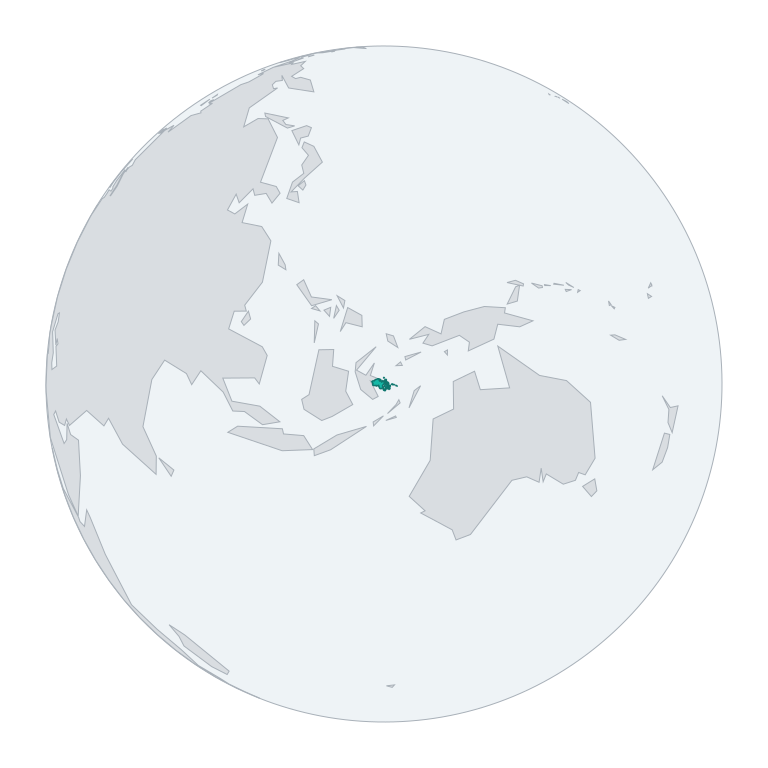 Sulawesi Tenggara highlighted on a globe, orthographic projection, rotated 323°
{"feature_id": "IDN-556", "entity_name": "Sulawesi Tenggara", "entity_type": "Province", "adm_level": 1, "iso_a3": "IDN", "parent_name": "Indonesia", "parent_adm1": "", "projection": "orthographic", "projection_center": [122.493, -4.447], "detail": "fine", "context": "on_globe", "style": "filled", "palette": "teal", "viewbox_px": 768, "rotation_deg": 323, "n_neighbors": 0, "source": "natural_earth", "source_scale": "10m", "svg_char_len": 11546}
<svg xmlns="http://www.w3.org/2000/svg" viewBox="0 0 768 768"><g transform="rotate(323 384 384)"><circle cx="384" cy="384" r="338" fill="#eef3f6" stroke="#a8b0b8"/><path d="M657.9,463.7L657.5,466.2L657.2,466.5L657.9,463.7ZM558.2,94.4L569.6,101.9L571.8,105.5L562.3,97.1L556.0,93.2L554.1,92.8L547.2,88.9L542.4,86.8L534.3,82.5L529.4,79.1L524.1,76.6L523.0,76.7L514.3,73.2L516.7,73.3L501.6,67.7L494.3,64.6L527.0,77.8L558.2,94.4ZM700.4,271.3L697.6,263.7L699.9,268.4L700.4,271.3ZM695.5,259.3L696.6,261.8L695.6,259.8L695.5,259.3ZM694.5,257.9L695.2,258.9L694.7,258.6L694.5,257.9ZM693.4,257.1L693.9,257.2L693.9,257.5L693.4,257.1ZM690.8,253.4L690.0,252.3L690.2,251.6L690.8,253.4ZM566.6,99.7L564.3,98.2L566.6,99.7ZM543.1,87.3L545.2,88.7L541.8,87.2L543.1,87.3ZM526.3,79.4L520.1,77.0L525.6,78.8L526.3,79.4ZM516.0,75.2L501.1,70.5L504.5,72.8L486.3,64.5L505.0,70.7L511.2,72.2L511.3,73.0L516.0,75.2ZM478.6,61.2L474.3,60.0L477.9,60.7L478.6,61.2ZM109.6,186.8L113.4,181.5L133.1,157.6L134.2,157.5L138.5,152.8L146.2,143.9L148.1,142.0L156.2,134.5L153.7,136.8L175.7,117.9L199.4,101.0L224.4,86.2L250.6,73.5L249.7,73.9L259.7,69.8L262.7,68.6L262.4,68.8L254.1,72.2L270.4,66.4L273.0,66.6L277.4,65.1L281.3,63.5L282.0,65.7L285.2,64.6L286.2,63.3L293.1,60.6L305.7,57.1L305.3,58.0L300.7,59.4L290.4,64.4L278.2,68.9L279.3,69.0L289.8,65.5L302.4,59.2L310.1,56.9L305.3,59.3L307.6,58.2L311.3,57.5L314.6,57.9L320.4,55.2L361.6,49.5L372.0,51.0L363.1,52.9L391.5,53.5L401.0,57.3L401.9,55.8L416.0,56.6L413.3,55.3L414.8,54.7L449.9,58.8L457.8,61.4L473.9,63.6L474.4,63.2L469.4,61.2L486.3,64.5L504.5,72.8L502.6,73.2L515.3,79.0L509.0,79.7L509.7,83.8L495.4,82.7L497.2,86.9L502.0,88.9L508.1,96.9L503.8,108.5L486.0,90.2L488.2,76.0L485.5,80.4L479.8,77.2L474.9,77.8L473.5,81.7L477.2,83.5L442.6,82.4L426.7,94.2L443.2,96.2L451.0,102.5L447.3,123.0L406.8,148.5L416.8,161.4L415.8,169.1L403.4,172.1L404.6,160.9L394.3,155.5L396.9,149.3L377.4,152.1L380.2,143.4L363.7,150.8L367.2,158.4L383.4,158.3L367.8,169.7L381.1,184.7L379.8,201.6L348.2,229.5L320.2,237.2L317.9,242.9L308.2,235.7L293.1,246.5L309.2,281.0L307.9,290.9L284.4,308.9L284.4,301.3L258.8,282.3L252.2,306.2L271.5,327.0L278.1,351.5L262.5,343.4L256.0,322.0L247.0,314.6L250.7,293.7L245.7,263.2L230.0,268.8L232.5,256.8L223.2,232.9L201.3,240.7L165.8,273.0L158.8,304.5L147.6,319.0L139.0,274.7L143.4,245.6L135.1,248.9L130.6,226.2L107.9,227.8L109.3,220.8L104.0,224.9L101.6,219.0L105.5,207.9L101.9,209.6L92.7,239.0L97.1,237.5L107.2,224.7L103.3,235.8L106.2,245.0L86.4,274.5L60.3,305.4L65.5,282.3L85.3,226.0L109.6,186.8ZM80.6,235.3L71.6,255.9L65.0,274.3L59.8,306.9L58.4,310.9L59.1,317.5L70.8,305.6L69.1,313.6L58.9,352.3L49.5,408.4L55.2,443.4L62.2,474.1L66.3,497.0L76.0,520.5L79.6,530.2L86.5,543.7L95.0,559.2L95.7,560.2L83.8,539.1L73.4,517.2L64.7,494.6L57.6,471.4L52.2,447.8L48.4,423.8L46.4,399.7L46.2,375.5L47.7,351.3L50.9,327.2L55.8,303.5L62.4,280.2L70.7,257.4L80.6,235.3ZM127.5,172.6L133.4,172.7L144.6,156.6L147.8,155.7L150.4,151.0L145.3,155.5L153.7,143.0L161.3,138.2L167.6,131.9L165.9,131.7L150.8,142.8L138.6,160.1L131.4,167.1L127.5,172.6ZM204.3,626.5L211.3,630.6L208.0,631.2L204.3,626.5ZM73.9,464.7L87.5,520.1L83.9,521.6L76.3,506.0L66.6,472.9L68.4,462.2L67.5,446.9L73.9,464.7ZM363.5,414.2L374.0,416.5L373.7,418.1L363.5,414.2ZM352.5,407.8L364.4,409.1L350.5,411.2L352.5,407.8ZM369.0,409.7L381.2,407.7L386.4,405.5L385.5,408.8L369.0,409.7ZM344.5,407.3L301.8,404.4L285.2,399.3L288.9,393.6L315.7,396.4L344.5,407.3ZM287.5,393.4L262.5,376.0L230.2,328.6L241.7,329.6L275.9,358.6L273.7,363.4L288.8,376.9L287.5,393.4ZM349.1,366.7L346.7,381.6L323.0,378.7L312.3,375.7L304.9,356.1L309.0,346.7L317.7,347.4L352.6,317.5L364.6,326.2L353.5,338.9L363.4,352.5L349.1,366.7ZM159.7,307.4L164.4,326.3L158.5,329.6L159.7,307.4ZM367.8,296.6L353.0,309.2L366.8,291.9L367.8,296.6ZM376.5,280.3L376.9,287.2L371.6,280.1L376.5,280.3ZM316.6,251.8L307.4,252.9L307.6,248.3L319.6,244.2L316.6,251.8ZM378.7,216.4L376.8,229.3L374.4,233.7L371.1,225.4L378.7,216.4ZM318.7,53.1L301.8,56.5L289.7,59.8L282.9,62.3L285.3,60.9L304.0,55.8L318.7,53.1ZM356.3,49.5L362.2,48.4L364.5,48.7L363.5,49.0L356.3,49.5ZM356.4,48.9L354.5,48.1L361.0,47.5L361.2,48.1L356.4,48.9ZM578.4,592.0L581.9,596.3L572.3,605.4L559.1,613.8L547.0,614.2L578.4,592.0ZM481.9,598.7L481.0,585.3L495.2,586.6L489.7,597.4L481.9,598.7ZM587.6,585.7L596.2,575.8L599.1,560.8L598.5,575.1L605.7,578.4L584.9,596.2L587.6,585.7ZM428.2,537.9L362.5,556.2L347.7,551.9L350.7,541.5L335.7,509.1L340.5,510.0L336.5,488.9L374.9,472.8L402.2,441.5L424.5,445.9L440.8,423.7L464.0,428.3L457.5,446.5L482.0,462.7L497.7,422.2L513.4,470.8L531.8,491.1L537.9,522.9L507.9,570.3L490.0,577.6L486.2,571.8L478.9,576.1L466.9,571.9L459.5,553.5L452.3,557.8L458.9,545.8L448.7,555.8L442.1,544.0L428.2,537.9ZM594.4,481.4L598.0,483.7L603.8,493.8L598.1,490.6L594.4,481.4ZM648.7,470.4L650.4,475.1L646.7,474.7L648.7,470.4ZM657.2,466.5L652.7,466.5L657.9,463.7L657.2,466.5ZM612.7,458.3L614.5,461.8L613.1,462.5L612.7,458.3ZM611.2,456.9L613.3,452.8L613.1,457.5L611.2,456.9ZM593.8,427.3L595.9,425.5L596.9,427.5L593.8,427.3ZM389.6,418.1L404.1,407.5L412.2,407.4L389.6,418.1ZM590.6,421.5L585.2,419.8L585.7,417.5L590.6,421.5ZM590.9,415.9L590.3,412.3L593.7,421.2L590.9,415.9ZM580.4,405.9L587.1,413.4L579.6,406.4L580.4,405.9ZM576.4,405.8L571.6,402.1L572.0,401.2L576.4,405.8ZM523.0,399.8L541.0,423.2L526.8,420.0L510.8,404.7L498.8,414.3L471.2,408.3L477.4,402.0L473.5,390.5L445.4,382.5L439.7,374.8L449.6,371.3L431.2,363.6L451.3,362.9L459.7,378.3L471.1,368.7L491.2,374.5L510.8,382.5L526.8,396.1L523.0,399.8ZM451.7,394.5L455.2,395.0L452.1,399.0L451.7,394.5ZM562.5,392.1L569.4,400.7L568.6,402.3L565.2,400.4L562.5,392.1ZM530.5,394.3L547.6,385.6L551.7,386.7L540.4,398.0L530.5,394.3ZM543.3,377.0L551.4,380.3L555.7,388.0L554.1,389.5L543.3,377.0ZM410.5,376.3L409.8,380.2L404.6,376.6L410.5,376.3ZM417.2,374.7L432.9,380.8L415.8,377.9L417.2,374.7ZM370.4,356.4L374.8,366.1L389.0,361.4L378.2,369.0L388.0,385.4L384.8,391.0L375.0,373.3L371.9,390.4L365.7,389.5L362.1,374.4L368.3,356.9L374.5,350.1L400.2,349.5L370.4,356.4ZM417.0,363.2L412.9,352.0L416.0,345.2L420.5,351.3L417.0,363.2ZM401.0,325.2L390.5,312.1L380.6,315.8L401.0,301.1L407.6,315.9L401.0,325.2ZM392.6,298.1L383.3,301.3L393.2,292.7L392.6,298.1ZM381.2,297.2L380.5,288.9L387.6,290.7L381.2,297.2ZM397.4,298.9L399.7,285.3L403.0,293.8L397.4,298.9ZM378.4,270.8L393.1,285.3L373.3,277.9L374.1,252.2L382.6,252.4L378.4,270.8ZM435.9,180.3L434.7,174.0L442.8,173.7L441.4,178.1L435.9,180.3ZM468.3,169.7L444.6,171.7L425.4,174.7L430.7,178.1L425.3,188.1L418.0,177.3L432.4,167.7L446.7,167.5L450.1,159.6L461.3,155.9L460.7,145.9L466.0,142.7L471.0,152.0L468.3,169.7ZM459.9,141.8L462.9,126.2L477.7,131.1L480.3,135.6L472.7,140.4L465.4,137.4L459.9,141.8ZM468.0,124.1L460.9,121.5L450.4,99.1L451.9,95.9L467.7,113.9L461.8,112.6L461.8,117.7L468.0,124.1ZM475.0,60.5L474.4,60.0L477.6,61.2L475.0,60.5ZM412.9,54.0L415.5,53.5L419.2,54.4L412.9,54.0ZM424.6,52.9L418.7,52.2L425.2,52.5L424.6,52.9ZM405.3,51.0L416.4,51.7L405.5,51.7L405.3,51.0Z" fill="#d9dde1" stroke="#a8b0b8" stroke-width="1"/><path d="M383.1,376.9L383.0,377.0L382.8,377.3L382.9,377.5L383.3,377.7L383.4,377.9L383.3,378.1L383.2,378.0L383.3,378.0L383.2,377.9L383.0,377.7L382.7,377.6L382.6,377.9L382.8,378.1L382.6,378.6L382.3,378.8L382.3,379.0L382.5,379.3L382.9,379.5L383.1,379.7L383.2,379.8L383.6,379.7L383.7,379.8L383.9,380.1L384.2,380.6L384.3,380.7L384.8,380.7L385.0,380.7L385.0,380.8L384.9,381.0L384.6,381.1L384.3,381.2L384.8,381.3L385.0,381.4L385.0,381.5L385.0,382.0L385.3,382.2L385.7,382.2L385.9,382.2L386.1,382.1L385.7,381.8L385.7,381.7L385.8,381.6L386.1,381.7L386.2,381.9L386.3,382.2L386.4,382.5L386.4,382.8L386.4,383.3L386.4,383.6L386.2,383.7L386.1,384.0L386.0,383.8L385.6,383.5L385.3,383.3L385.2,383.2L385.1,383.3L385.3,383.6L385.5,383.8L385.6,384.1L385.4,384.2L385.2,384.0L385.0,383.9L384.9,383.8L384.6,383.7L384.4,383.8L384.2,383.9L383.8,383.9L383.6,383.8L383.4,384.0L383.2,384.0L382.5,384.1L382.3,384.3L382.1,384.3L381.7,384.4L381.6,384.6L381.4,385.1L381.3,385.3L381.4,385.5L381.6,385.9L381.7,386.0L381.9,386.1L381.6,386.3L381.1,386.4L380.4,386.4L380.1,386.2L379.7,386.2L379.5,386.3L379.4,386.3L379.3,386.2L379.1,386.0L378.5,385.8L378.2,385.3L378.1,385.2L378.0,384.8L378.1,384.3L378.3,384.0L378.3,383.7L378.4,382.8L378.4,382.7L378.5,382.7L378.5,382.9L378.8,382.4L378.9,381.9L378.7,381.6L377.7,381.4L377.3,381.2L377.2,381.0L377.1,380.9L377.0,380.7L376.7,380.8L376.7,380.7L376.8,380.4L376.7,380.3L376.6,380.2L376.2,380.2L375.8,379.8L374.6,378.7L374.5,378.4L374.4,378.2L374.6,377.8L374.9,377.4L375.1,377.1L375.3,377.0L375.4,376.8L375.6,376.7L375.6,376.2L375.6,375.9L375.7,375.3L375.7,375.1L375.7,374.9L376.0,374.8L376.4,374.7L376.6,374.7L376.8,374.8L377.3,375.0L377.8,375.4L378.0,375.6L378.7,375.3L379.2,375.4L379.8,375.4L380.0,375.4L381.4,376.0L381.9,376.0L382.1,376.0L382.3,376.1L382.8,376.5L383.1,376.9ZM387.7,388.5L388.2,388.8L388.3,388.9L388.2,389.0L387.8,389.5L387.6,389.6L387.2,389.8L387.2,389.7L386.9,389.6L386.2,390.0L386.2,390.3L386.4,390.2L386.5,390.4L386.4,390.6L386.1,391.0L386.0,391.3L385.9,391.3L385.7,391.3L385.7,391.1L385.5,391.3L385.4,391.2L385.1,391.3L384.9,391.3L384.9,391.2L384.4,390.3L384.9,389.9L384.9,389.7L385.0,389.4L385.1,389.2L385.3,388.8L385.8,388.6L385.9,388.4L385.6,388.5L385.6,388.4L385.5,388.2L385.7,387.8L385.8,387.5L385.8,387.4L385.7,387.4L385.5,387.5L385.6,387.4L385.9,387.1L386.0,386.8L386.0,386.6L385.9,386.4L386.1,386.3L386.1,386.2L386.1,385.2L386.2,384.7L386.4,384.4L386.4,384.2L387.1,383.7L387.4,383.6L387.5,383.7L387.3,383.9L387.4,384.0L387.8,384.4L388.1,384.7L388.2,384.8L388.2,385.0L388.1,385.3L388.3,385.6L388.3,386.2L388.2,386.3L388.1,386.2L388.1,385.9L387.9,385.8L387.9,385.6L387.7,385.6L387.6,385.9L387.5,385.7L387.4,385.8L387.3,385.7L387.3,385.8L387.3,386.1L387.1,386.2L387.1,386.4L387.1,386.8L386.9,386.9L386.8,387.2L386.8,387.4L386.9,387.6L386.8,387.9L386.7,388.3L386.8,388.4L387.1,388.1L387.3,388.1L387.4,388.3L387.6,388.3L387.7,388.5ZM385.6,386.6L385.7,386.9L385.6,387.0L385.4,387.2L384.9,387.7L384.7,388.2L384.6,388.3L384.8,388.4L384.8,388.5L384.6,388.6L384.9,388.8L385.0,388.9L385.0,389.0L384.9,389.3L384.7,389.4L384.7,389.7L384.4,389.8L384.3,389.3L384.3,389.1L384.2,389.0L384.0,389.3L384.0,389.5L383.9,389.6L383.7,389.6L383.5,389.3L383.8,389.2L383.5,389.1L383.4,389.2L383.4,389.3L383.3,389.5L383.2,389.6L382.9,389.5L382.7,389.4L382.8,389.4L382.7,389.3L382.7,389.2L383.0,388.7L383.0,388.1L383.1,387.9L383.3,387.8L383.5,387.6L383.4,387.4L383.4,387.1L383.2,386.6L383.0,386.3L383.3,385.9L383.5,385.7L384.0,385.6L384.6,385.2L385.0,385.0L385.3,385.0L385.5,385.9L385.5,386.3L385.6,386.6ZM381.5,388.4L381.5,388.6L381.4,388.6L381.4,388.9L381.4,389.8L381.3,390.0L381.1,390.0L380.9,390.0L380.7,389.6L380.4,389.6L380.0,388.8L380.0,388.7L380.1,388.4L380.2,388.2L380.4,388.1L380.2,387.9L380.4,387.7L380.6,387.6L380.6,387.8L380.9,387.7L381.0,387.7L381.1,388.1L381.3,388.1L381.5,388.4ZM388.2,381.3L388.4,381.5L388.5,381.7L388.5,381.9L388.4,382.1L388.1,382.5L387.8,382.8L387.5,382.8L387.2,382.6L386.8,382.1L386.7,381.6L387.1,381.2L387.3,381.2L387.6,381.4L387.9,381.3L388.2,381.3ZM390.1,388.7L390.6,388.8L390.7,389.0L390.7,389.3L390.6,389.5L390.4,389.5L390.3,389.4L390.0,388.9L390.1,388.7ZM393.1,392.7L393.3,393.1L393.2,393.3L393.0,393.0L392.7,392.9L392.6,392.7L392.7,392.4L392.8,392.5L393.1,392.7ZM388.0,378.9L388.0,379.0L387.8,379.0L387.7,379.2L387.4,379.0L387.4,378.9L387.8,378.7L388.0,378.9ZM391.4,390.3L391.7,390.4L391.8,390.8L391.6,390.7L391.4,390.4L391.1,390.2L391.3,390.1L391.4,390.3ZM383.7,377.9L383.8,378.1L383.7,378.3L383.5,378.0L383.5,377.9L383.7,377.9ZM383.0,378.5L383.2,378.8L382.8,378.9L382.8,378.7L383.0,378.5Z" fill="#14b8a6" stroke="#0f766e" stroke-width="1.5"/></g></svg>